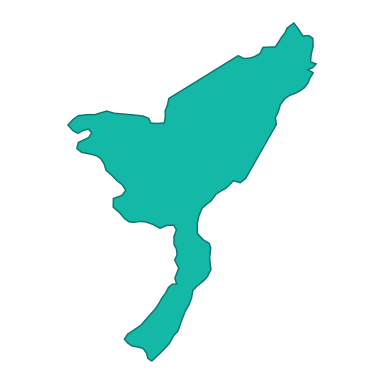 outline of Inhacorá, Rio Grande do Sul, Brazil
{"feature_id": "56859067B41565206022280", "entity_name": "Inhacorá", "entity_type": "district", "adm_level": 2, "iso_a3": "BRA", "parent_name": "Brazil", "parent_adm1": "Rio Grande do Sul", "projection": "mercator", "projection_center": [-54.038, -27.922], "detail": "fine", "context": "isolated", "style": "filled", "palette": "teal", "viewbox_px": 384, "rotation_deg": 0, "n_neighbors": 0, "source": "geoboundaries", "source_scale": "gbopen_adm2", "svg_char_len": 1834}
<svg xmlns="http://www.w3.org/2000/svg" viewBox="0 0 384 384"><path d="M67.9,125.0L73.0,130.6L78.0,133.3L83.1,130.4L88.6,129.1L91.6,133.0L88.6,137.7L84.0,139.8L78.3,142.5L76.9,148.6L81.6,152.3L92.2,154.5L96.9,155.9L100.7,158.6L104.0,163.6L106.1,170.4L111.7,175.2L117.3,180.9L122.4,184.8L125.8,190.3L121.7,195.5L113.4,198.5L113.2,207.1L119.8,212.9L124.6,218.6L129.0,221.8L134.0,222.4L138.9,221.5L145.6,221.8L153.2,224.5L160.1,228.3L167.0,225.3L173.8,225.2L176.4,229.8L174.0,236.5L174.0,244.4L176.4,248.9L177.1,254.8L174.7,259.9L178.7,268.2L174.9,278.1L176.6,284.0L172.2,284.3L168.4,287.5L165.8,292.8L162.0,297.9L158.7,303.9L155.1,309.2L149.8,315.1L144.4,321.2L141.2,325.0L134.5,329.6L127.7,334.1L124.4,339.2L127.7,343.0L131.9,345.9L138.3,347.1L143.0,348.3L146.6,353.2L147.8,358.3L151.8,361.0L160.7,352.6L165.8,347.3L169.3,343.5L174.0,335.2L177.6,331.5L179.5,326.6L182.6,317.8L185.8,310.1L189.2,304.3L191.5,298.2L192.9,290.4L197.3,285.8L203.2,281.1L206.9,277.4L210.9,269.7L209.6,257.9L210.7,248.1L209.3,243.5L203.2,239.8L197.3,233.4L197.3,223.1L198.9,215.8L202.0,208.4L206.3,204.5L211.0,200.9L216.2,193.9L221.4,190.7L225.7,188.3L229.2,185.1L233.4,180.7L240.3,182.7L245.6,178.5L276.3,124.5L275.4,117.6L278.3,111.6L280.3,104.7L284.6,98.8L289.2,95.6L295.3,93.2L300.0,90.8L303.8,88.2L307.8,83.2L310.2,77.6L313.2,72.8L307.8,69.6L312.8,67.5L316.1,63.9L310.5,61.9L311.1,54.9L313.1,46.3L312.8,38.3L308.7,35.6L302.9,35.9L298.6,29.4L293.9,23.0L287.2,28.0L284.8,33.2L281.8,36.9L278.9,41.5L275.4,46.9L270.0,47.1L263.0,47.4L260.0,53.5L255.8,56.0L250.8,57.9L243.9,58.6L238.2,55.7L168.8,98.5L167.6,104.7L165.2,110.8L165.3,116.8L164.3,122.9L158.0,123.5L151.0,123.2L148.7,118.4L143.0,116.0L132.9,114.9L114.4,113.3L106.6,111.1L100.2,113.0L94.7,114.7L87.6,114.6L78.4,115.7L73.0,119.5L67.9,125.0Z" fill="#14b8a6" stroke="#0f766e" stroke-width="1.5"/></svg>